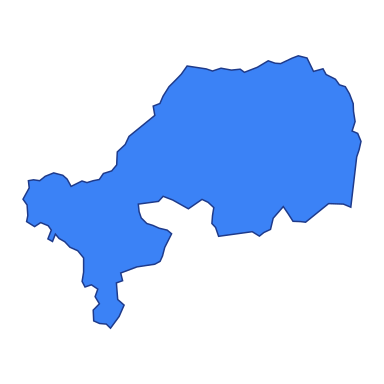 the district of Humaitá, Rio Grande do Sul, Brazil
{"feature_id": "56859067B44026938864112", "entity_name": "Humaitá", "entity_type": "district", "adm_level": 2, "iso_a3": "BRA", "parent_name": "Brazil", "parent_adm1": "Rio Grande do Sul", "projection": "robinson", "projection_center": [-54.001, -27.586], "detail": "fine", "context": "isolated", "style": "filled", "palette": "blue", "viewbox_px": 384, "rotation_deg": 0, "n_neighbors": 0, "source": "geoboundaries", "source_scale": "gbopen_adm2", "svg_char_len": 1615}
<svg xmlns="http://www.w3.org/2000/svg" viewBox="0 0 384 384"><path d="M110.5,328.2L119.1,316.5L124.1,305.1L117.7,299.5L116.4,282.9L122.6,280.7L120.7,273.0L136.9,266.9L154.8,264.2L160.1,261.3L162.5,256.0L164.7,247.5L171.6,233.8L167.2,230.1L159.1,228.2L152.9,225.4L146.8,223.5L141.2,217.9L139.1,211.7L138.3,204.1L158.5,201.4L163.1,196.3L172.7,200.0L188.4,208.8L202.0,199.4L208.1,202.3L213.8,207.6L212.5,215.6L211.9,223.5L215.6,227.5L218.6,236.3L252.2,231.7L259.4,236.1L263.9,232.5L270.5,229.4L273.2,218.2L283.3,206.6L288.2,213.8L293.0,221.3L300.5,221.6L305.6,222.2L328.6,203.6L343.4,204.1L350.8,207.2L356.7,156.9L359.1,149.8L361.0,141.4L357.7,133.4L352.1,131.0L355.1,121.6L353.5,111.3L353.2,103.6L349.5,93.9L345.3,86.7L339.4,84.8L335.4,79.2L326.1,74.5L323.0,68.8L313.5,71.4L307.0,58.0L298.3,55.8L292.0,58.2L280.6,63.6L275.1,63.2L268.2,60.8L257.3,67.3L244.4,72.3L240.2,69.2L231.4,70.1L221.0,68.2L212.5,71.0L206.2,68.9L187.1,66.0L181.3,74.2L175.9,79.8L169.0,86.7L163.1,96.1L159.9,103.5L153.2,106.1L154.8,115.4L129.0,136.4L125.2,144.5L117.3,151.9L117.0,157.7L116.7,164.9L111.7,170.9L103.4,173.5L99.3,179.5L93.2,180.7L87.0,182.6L82.0,181.0L76.7,183.6L71.1,186.4L67.1,179.1L62.8,175.3L53.7,172.9L45.2,176.3L39.7,180.7L33.5,179.8L28.4,180.7L29.2,187.9L23.0,199.2L27.1,205.0L27.8,215.6L26.6,221.6L34.6,226.6L40.7,222.6L48.2,225.7L51.3,230.1L47.9,238.9L52.5,241.5L55.4,234.1L59.1,238.5L64.7,241.7L70.0,247.3L77.7,250.7L83.6,257.9L83.6,272.2L82.1,281.4L85.0,287.0L91.4,284.8L97.8,289.1L95.1,296.7L99.4,303.8L93.2,310.1L93.7,320.9L99.6,323.5L106.3,324.1L110.5,328.2Z" fill="#3b82f6" stroke="#1e3a8a" stroke-width="1.5"/></svg>